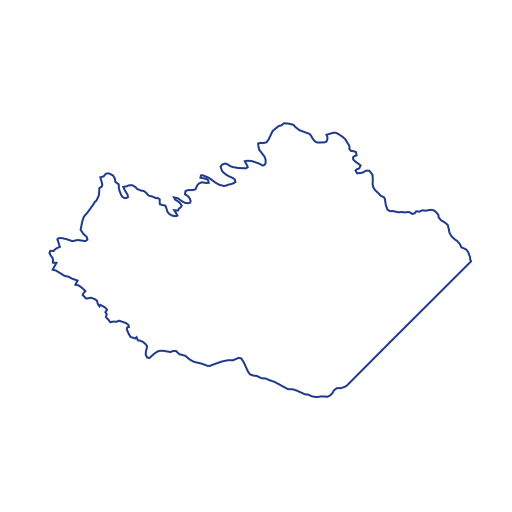 Mundo Novo, Goiás, Brazil (Equal Earth projection), rotated 309°
{"feature_id": "56859067B59704629353682", "entity_name": "Mundo Novo", "entity_type": "district", "adm_level": 2, "iso_a3": "BRA", "parent_name": "Brazil", "parent_adm1": "Goiás", "projection": "equal_earth", "projection_center": [-50.198, -13.778], "detail": "fine", "context": "isolated", "style": "outline", "palette": "blue", "viewbox_px": 512, "rotation_deg": 309, "n_neighbors": 0, "source": "geoboundaries", "source_scale": "gbopen_adm2", "svg_char_len": 4599}
<svg xmlns="http://www.w3.org/2000/svg" viewBox="0 0 512 512"><g transform="rotate(309 256 256)"><path d="M381.5,202.6L380.4,200.1L379.1,197.5L376.7,194.2L373.4,193.5L371.4,191.9L367.4,191.0L363.6,190.3L361.7,190.7L354.8,192.4L351.1,192.7L349.3,191.4L347.9,190.0L346.4,187.9L344.8,186.9L342.7,188.9L340.6,191.6L338.6,200.0L337.4,202.1L336.3,203.4L334.0,205.1L332.1,205.3L330.6,204.4L329.7,200.0L327.3,193.4L325.9,191.1L324.3,189.1L322.6,187.7L321.0,191.5L319.8,193.7L317.8,193.0L313.1,186.7L311.8,184.2L310.7,182.5L309.5,179.1L309.3,175.7L308.2,173.6L305.8,172.2L303.2,172.2L300.8,175.9L300.4,178.3L300.4,181.2L300.8,184.4L301.9,188.4L302.2,191.2L300.5,193.5L298.3,192.7L295.5,190.9L293.8,189.4L291.9,188.5L290.2,187.0L288.2,182.5L287.5,178.3L287.3,173.1L287.1,170.4L286.4,167.7L285.2,163.8L284.0,162.5L281.9,163.5L284.5,168.6L284.7,171.3L283.2,173.2L281.5,171.5L279.3,167.6L276.5,166.0L274.1,165.9L272.2,166.3L269.8,167.0L268.2,166.0L266.3,164.1L264.5,161.7L262.0,160.4L259.2,162.0L259.7,165.3L259.2,167.9L257.7,170.5L256.1,171.3L254.1,169.8L252.6,167.4L252.0,164.1L251.7,159.0L249.9,155.4L248.9,157.7L249.3,160.8L249.4,163.0L248.5,166.5L246.5,166.9L244.5,166.3L242.2,166.8L240.1,163.6L238.8,167.4L238.0,169.5L236.6,168.8L234.6,165.5L234.1,162.3L234.7,159.2L236.6,156.5L238.1,153.9L236.7,151.2L235.7,148.8L237.3,147.2L239.4,145.5L239.2,143.1L238.0,141.9L236.8,137.4L235.8,135.9L235.4,133.9L236.0,131.0L235.9,128.0L234.4,125.2L233.3,121.5L233.7,118.6L233.0,115.0L230.7,112.6L229.0,111.8L226.1,109.4L224.8,112.1L223.9,114.4L222.8,117.6L221.3,119.4L219.3,118.7L218.2,117.1L217.9,114.6L218.8,112.4L221.0,108.5L222.9,106.3L225.3,104.2L225.1,100.0L227.2,97.8L228.6,94.2L227.7,90.0L226.6,88.4L225.0,87.5L222.0,87.5L219.2,85.5L216.0,90.0L214.6,91.7L212.8,92.5L210.3,91.5L204.5,95.6L200.2,96.8L198.1,97.1L196.7,96.6L194.5,97.1L183.8,97.7L178.2,97.5L173.6,99.2L166.0,103.2L164.6,107.5L164.2,112.7L162.6,114.7L160.2,114.0L156.2,107.3L152.0,104.0L149.7,97.8L147.7,93.8L145.7,91.4L144.0,91.1L139.7,97.8L136.1,96.0L133.9,95.6L132.4,95.5L130.7,92.9L128.4,93.5L127.4,95.7L126.5,99.0L125.4,100.5L123.0,102.4L125.1,105.2L117.4,106.6L118.8,109.7L120.1,119.8L122.0,123.6L122.5,126.8L124.6,132.8L123.0,133.1L120.0,133.7L121.6,136.8L121.7,141.1L121.4,145.5L119.0,145.3L116.6,145.9L116.0,150.8L119.7,154.0L121.0,157.9L121.2,160.5L119.1,163.4L118.4,166.0L120.1,165.8L121.0,171.0L120.5,174.1L117.6,174.3L116.8,176.6L114.0,177.9L113.6,181.3L112.8,184.4L114.3,185.5L115.8,187.1L117.3,189.2L119.5,190.2L120.7,193.4L122.0,196.8L122.2,200.2L120.8,201.9L119.4,200.8L117.6,201.8L115.1,206.7L114.2,209.6L115.9,214.0L117.7,214.2L116.1,217.3L117.2,219.1L118.1,222.1L118.0,225.8L117.3,228.1L115.5,229.2L112.2,230.7L109.8,232.5L108.6,235.4L109.7,237.4L115.7,238.3L120.0,239.6L122.0,241.2L124.1,243.8L127.6,250.1L129.3,250.8L131.9,253.5L131.6,255.5L131.5,258.3L134.0,263.9L133.8,268.5L134.4,273.4L135.7,276.5L138.2,281.6L140.1,287.4L141.8,289.6L143.3,290.2L150.1,294.4L152.3,295.7L157.0,299.5L158.8,301.5L160.2,303.5L163.9,305.6L165.8,306.5L167.1,308.9L165.7,313.4L163.5,317.8L161.2,322.3L160.2,325.9L161.6,329.6L163.2,331.9L164.5,337.3L166.9,340.6L167.9,344.4L169.8,349.5L172.6,364.5L175.7,368.7L177.2,372.9L179.3,381.0L181.1,383.8L182.0,387.2L182.8,389.1L184.7,392.2L188.1,395.2L191.6,400.1L193.6,401.1L197.1,401.8L200.2,401.1L202.1,401.4L204.3,402.1L206.3,404.7L209.5,407.0L212.2,408.1L279.2,415.0L329.7,420.4L360.0,423.6L387.2,426.5L388.2,424.5L389.8,423.1L390.8,421.3L392.5,418.6L393.3,415.4L392.8,413.0L392.0,410.2L393.6,406.7L394.3,402.7L394.0,400.3L394.3,395.9L395.4,392.6L396.5,390.8L398.1,389.1L400.8,385.4L400.9,382.6L400.7,379.9L400.2,377.5L400.9,373.7L402.6,372.0L403.4,368.4L403.4,366.0L402.8,364.1L401.4,362.3L397.7,359.1L396.8,357.3L395.3,355.9L393.3,355.2L391.6,352.4L389.2,352.4L387.1,351.2L386.7,347.7L385.6,346.2L383.6,344.3L381.7,341.3L379.9,339.6L378.6,337.2L377.2,334.3L375.2,331.9L374.7,329.2L377.2,324.9L381.5,320.2L382.2,318.4L381.3,315.0L381.8,311.9L382.1,307.2L383.1,304.1L385.0,301.6L388.5,299.0L392.2,295.7L393.0,293.5L393.5,290.3L391.7,287.9L390.3,287.3L388.5,286.7L386.3,285.0L383.9,282.6L385.1,279.5L386.9,279.8L389.0,281.1L392.2,280.3L391.9,273.5L392.2,270.8L393.8,269.3L395.6,269.7L397.5,270.8L399.7,268.3L398.8,265.7L397.5,263.9L397.8,261.4L399.2,260.3L400.5,258.9L401.8,254.9L402.9,251.9L403.1,248.4L402.6,242.9L402.0,240.6L401.0,239.1L399.6,237.9L396.5,235.8L394.5,234.5L393.6,236.3L392.3,237.6L390.6,238.4L389.0,238.7L387.2,237.5L383.2,232.8L382.3,231.0L382.3,228.5L383.1,225.6L384.0,223.5L384.6,220.8L381.1,210.6L381.0,205.6L381.5,202.6Z" fill="none" stroke="#1e3a8a" stroke-width="2"/></g></svg>